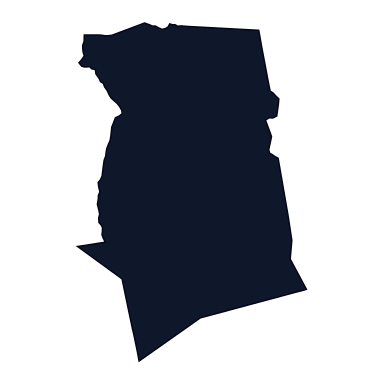 Rio do Antônio, Bahia, Brazil (Equal Earth projection)
{"feature_id": "56859067B81467774065144", "entity_name": "Rio do Antônio", "entity_type": "district", "adm_level": 2, "iso_a3": "BRA", "parent_name": "Brazil", "parent_adm1": "Bahia", "projection": "equal_earth", "projection_center": [-42.128, -14.325], "detail": "fine", "context": "isolated", "style": "filled", "palette": "ink", "viewbox_px": 384, "rotation_deg": 0, "n_neighbors": 0, "source": "geoboundaries", "source_scale": "gbopen_adm2", "svg_char_len": 1569}
<svg xmlns="http://www.w3.org/2000/svg" viewBox="0 0 384 384"><path d="M258.7,30.3L186.7,26.4L183.6,26.1L180.6,25.9L177.8,26.3L175.0,24.7L172.6,24.8L169.7,23.9L168.2,26.8L165.7,28.5L162.0,29.4L158.3,27.7L155.2,26.0L152.3,26.1L149.4,24.7L147.1,24.0L144.7,23.0L111.8,35.3L107.5,35.8L104.6,35.7L102.2,35.3L99.4,35.0L96.1,35.0L91.0,35.0L87.4,35.0L84.3,35.0L84.1,41.6L82.7,45.4L82.8,49.0L83.2,52.3L84.3,55.9L81.4,60.1L79.0,62.8L81.6,66.1L84.1,66.9L87.0,66.9L89.8,66.7L91.7,68.8L95.3,69.5L96.0,74.0L99.1,78.3L100.6,81.7L103.3,83.3L104.7,87.0L107.3,90.7L109.2,94.9L111.0,97.8L114.1,100.7L117.1,103.3L119.7,106.6L121.8,110.4L122.3,113.6L118.8,116.3L115.5,117.7L113.5,122.9L111.8,127.1L111.4,131.2L110.8,136.4L110.2,140.3L108.7,143.7L106.8,148.5L106.2,151.9L105.7,156.2L104.2,160.1L103.7,163.3L103.1,168.0L102.6,172.1L102.1,176.2L100.3,180.0L98.2,182.5L98.7,186.8L99.9,191.8L98.4,195.6L98.3,199.2L97.4,204.2L98.9,210.2L99.7,214.2L98.7,218.0L99.0,222.5L101.3,225.1L102.5,227.6L102.4,231.5L102.0,234.8L103.4,238.5L105.3,242.2L77.6,246.5L122.1,278.9L123.0,283.4L128.3,309.0L132.4,328.5L133.1,331.4L134.0,335.3L137.3,351.3L139.1,361.0L193.6,322.6L200.2,317.9L247.8,305.1L293.1,292.9L304.3,290.0L306.4,289.3L292.7,263.8L290.2,259.1L291.8,240.3L288.0,215.3L278.1,158.2L275.1,156.7L272.2,154.6L269.6,153.2L268.7,149.8L269.5,145.9L270.6,140.9L271.5,136.7L270.6,134.0L265.4,120.0L269.4,117.7L272.8,118.0L276.7,116.0L278.3,104.7L278.8,98.9L275.7,95.9L273.0,92.9L270.1,91.1L267.7,78.9L266.0,69.8L261.8,47.6L259.5,34.6L258.7,30.3Z" fill="#0f172a" stroke="#020617" stroke-width="1.5"/></svg>